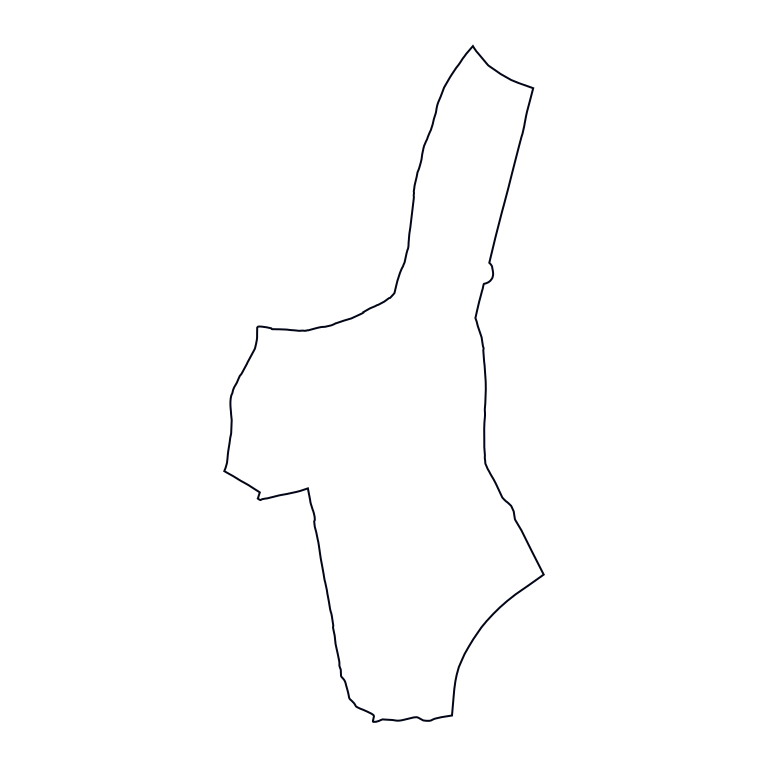 the district of Thon Buri, Bangkok Metropolis, Thailand
{"feature_id": "78962969B37359876414663", "entity_name": "Thon Buri", "entity_type": "district", "adm_level": 2, "iso_a3": "THA", "parent_name": "Thailand", "parent_adm1": "Bangkok Metropolis", "projection": "equal_earth", "projection_center": [100.483, 13.718], "detail": "fine", "context": "isolated", "style": "outline", "palette": "ink", "viewbox_px": 768, "rotation_deg": 0, "n_neighbors": 0, "source": "geoboundaries", "source_scale": "gbopen_adm2", "svg_char_len": 5600}
<svg xmlns="http://www.w3.org/2000/svg" viewBox="0 0 768 768"><path d="M543.7,574.6L531.9,551.4L530.5,548.6L521.5,530.5L515.5,520.4L514.9,519.1L513.7,511.4L511.2,505.9L508.1,502.9L506.0,501.3L504.0,499.4L502.3,497.5L496.3,484.6L495.1,482.2L493.4,479.0L491.9,476.5L490.4,473.9L489.1,471.4L487.7,469.0L486.5,466.2L485.6,464.2L485.4,463.6L485.3,463.0L485.2,461.1L484.8,458.1L484.9,455.1L484.3,447.3L484.3,444.6L484.3,443.6L484.2,429.0L484.4,423.3L484.4,422.9L485.0,415.8L485.0,413.0L484.8,409.8L484.9,408.1L485.3,403.3L485.8,389.6L485.8,389.0L485.7,381.7L484.6,365.6L484.1,361.3L483.3,350.4L483.6,348.5L483.4,347.4L483.0,346.5L481.6,337.3L477.8,326.1L476.7,321.7L476.6,321.4L475.4,318.0L475.8,316.4L476.9,311.4L479.1,302.0L480.6,296.4L480.9,295.3L481.4,293.4L481.9,291.4L482.7,288.8L483.2,286.3L483.7,284.2L484.0,283.8L485.8,283.4L486.8,283.0L488.7,282.1L488.9,281.9L490.4,280.7L491.7,279.0L492.4,277.8L492.8,276.4L493.1,275.0L493.1,274.3L493.1,273.3L493.0,272.0L492.7,270.1L492.3,268.1L492.1,266.7L491.7,265.7L490.8,264.4L490.0,263.5L489.3,262.8L495.6,236.7L502.0,211.8L503.7,205.6L508.4,187.8L511.9,173.9L515.5,159.8L518.8,147.0L520.3,141.3L521.6,136.5L522.5,133.7L524.3,125.8L524.6,123.8L526.1,115.9L527.0,111.8L529.9,100.9L533.2,88.2L518.5,83.0L511.2,80.0L500.6,74.0L488.5,65.6L487.8,64.9L485.1,61.7L478.0,53.2L476.4,51.4L474.2,48.2L472.9,46.1L466.2,53.9L464.5,56.3L462.7,58.6L460.6,61.9L458.9,64.4L458.0,65.6L456.3,67.7L451.5,74.9L449.7,77.8L444.1,87.5L441.2,95.2L440.8,96.3L438.5,101.7L438.3,102.1L438.1,102.7L437.3,105.1L436.6,108.3L436.0,112.2L435.5,114.0L433.9,119.0L432.6,124.6L430.8,130.2L430.2,131.4L429.4,133.2L429.0,134.1L428.6,135.1L427.7,137.3L427.2,139.0L426.1,141.2L424.2,145.6L423.5,148.1L422.2,154.4L421.6,158.9L421.3,160.4L420.7,162.8L419.4,167.4L418.8,169.2L418.2,170.7L417.5,172.4L416.7,176.7L414.6,185.5L414.3,188.0L413.8,191.3L414.0,193.2L413.7,195.3L413.9,197.4L410.4,226.9L409.3,234.2L409.0,237.9L408.6,242.9L408.5,245.4L408.5,246.0L408.0,248.8L407.4,250.1L407.2,251.0L406.6,253.1L404.6,262.4L404.0,263.7L402.9,266.5L401.8,268.5L400.0,272.8L397.4,280.9L396.9,282.9L395.1,290.4L394.7,292.1L394.5,293.0L393.2,294.6L393.0,294.8L390.1,297.9L388.9,298.2L384.3,301.6L378.1,304.9L377.3,305.1L376.5,305.4L375.6,306.0L369.9,308.4L363.4,312.1L363.5,312.5L362.5,313.2L361.3,313.8L351.4,318.4L344.3,320.5L336.6,323.1L335.4,323.4L334.9,323.8L332.0,325.1L330.7,325.5L325.0,326.8L321.4,327.0L317.6,327.8L308.3,330.3L307.4,330.3L307.2,330.3L306.9,330.4L306.7,330.5L306.0,330.7L305.8,330.7L304.4,330.8L303.7,330.7L302.4,330.6L300.0,330.8L298.8,330.8L297.0,330.6L296.3,330.5L292.8,330.2L291.1,330.1L290.1,330.0L289.2,329.9L288.5,329.8L287.0,329.6L284.7,329.5L279.5,329.3L273.7,329.2L272.3,329.2L271.7,329.0L271.4,328.4L270.8,328.2L266.6,327.3L263.0,326.8L261.3,326.6L259.8,326.5L258.2,326.6L257.7,327.0L257.2,327.6L257.1,334.3L257.1,336.4L257.1,337.2L257.0,338.5L256.8,340.0L256.2,343.3L255.1,348.0L254.6,349.3L247.5,362.5L247.0,363.7L241.6,373.7L241.1,374.4L239.8,375.9L238.5,378.8L236.8,382.8L234.4,386.9L233.7,388.4L233.1,390.0L232.3,393.3L232.2,393.6L231.5,394.9L231.2,396.0L230.8,397.9L230.5,400.5L230.4,403.3L230.5,406.7L231.0,412.5L231.1,412.9L231.0,413.3L231.7,420.1L231.2,432.6L231.1,433.8L230.2,438.1L229.7,442.1L228.3,450.8L227.9,453.9L227.5,458.5L227.0,462.8L226.8,463.6L225.6,467.8L224.3,471.1L226.3,472.3L233.1,476.1L240.9,480.9L244.4,482.8L248.3,485.0L255.1,489.4L258.0,491.2L259.8,492.4L258.0,498.1L257.8,498.5L258.6,499.1L259.0,499.4L259.4,499.6L259.8,499.8L260.2,500.0L260.4,500.0L260.6,500.0L261.0,499.8L261.7,499.4L262.2,499.2L264.7,498.7L267.5,498.3L269.1,497.9L270.2,497.6L273.2,496.9L277.9,495.7L279.2,495.4L280.6,495.1L286.8,494.0L296.5,491.9L300.0,491.0L307.9,488.4L308.8,493.2L309.8,498.3L310.1,499.9L310.4,502.0L310.8,503.7L310.9,504.0L312.8,510.1L313.1,510.7L313.2,511.0L313.9,513.4L314.6,516.7L314.8,518.9L314.8,519.5L314.7,520.0L314.7,520.3L314.6,520.6L314.3,521.1L314.2,521.4L314.2,521.7L314.7,526.1L314.8,526.8L316.1,531.7L316.2,532.0L317.7,539.4L318.3,542.0L318.9,545.7L320.7,558.2L320.8,558.8L322.2,566.2L323.4,572.9L323.5,573.4L324.5,579.6L325.3,582.8L326.9,590.3L327.0,591.0L327.3,593.2L328.9,601.7L330.1,609.1L330.8,612.0L331.3,613.4L331.8,615.8L333.2,625.0L333.3,625.4L333.0,627.5L334.7,635.8L335.5,643.4L335.6,643.9L335.7,644.6L336.3,647.4L337.8,654.2L339.3,661.6L339.4,663.1L339.4,665.6L339.4,665.9L339.5,666.1L340.3,668.5L340.6,669.1L340.8,670.0L341.0,675.4L341.0,675.6L341.1,675.9L341.2,676.2L341.3,676.5L341.5,676.8L341.6,677.0L342.8,678.3L344.0,679.7L344.3,680.2L344.7,680.9L345.0,681.5L345.6,683.2L346.3,686.0L347.3,689.5L347.6,690.6L348.4,693.9L349.1,697.5L349.3,698.1L349.5,698.5L349.7,698.9L350.1,699.4L351.1,700.2L353.5,702.6L353.8,703.0L354.3,703.5L356.0,706.4L356.4,706.7L356.7,706.9L357.4,707.3L360.1,708.6L363.4,709.9L366.8,711.4L371.3,713.6L372.3,714.2L373.2,714.9L373.4,715.1L373.6,715.3L373.8,715.7L373.9,716.1L373.9,716.5L373.9,716.8L373.8,717.1L372.9,721.0L373.0,721.6L373.7,721.9L374.4,721.8L374.8,721.8L376.0,721.8L379.0,720.9L379.6,720.6L381.2,719.9L382.6,719.4L385.5,719.6L392.4,720.0L396.3,720.6L398.2,720.7L400.4,720.5L403.0,720.0L413.8,717.4L414.0,717.4L416.2,717.2L416.8,717.2L418.3,717.7L420.1,718.7L423.2,720.4L424.6,720.6L426.5,720.8L428.1,720.8L428.4,720.8L428.9,720.9L430.2,720.6L431.0,720.5L432.5,719.7L434.8,718.7L441.3,717.2L452.0,715.5L453.5,698.0L454.3,689.1L455.4,681.2L456.7,674.8L458.8,667.2L461.7,660.5L464.6,654.0L468.7,646.8L473.3,639.2L475.9,635.4L481.4,627.4L486.6,621.1L493.4,613.8L500.0,607.3L507.3,600.9L515.4,594.5L522.3,589.7L528.8,585.2L543.7,574.6Z" fill="none" stroke="#020617" stroke-width="2"/></svg>